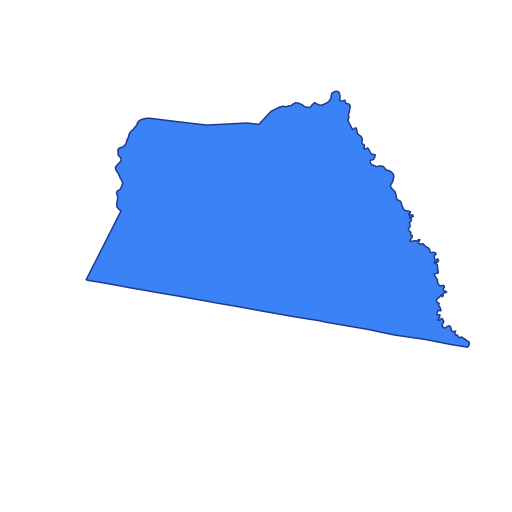 Mandera East, North-Eastern, Kenya, rotated 65°
{"feature_id": "3690345B2279611832844", "entity_name": "Mandera East", "entity_type": "district", "adm_level": 2, "iso_a3": "KEN", "parent_name": "Kenya", "parent_adm1": "North-Eastern", "projection": "albers", "projection_center": [41.581, 3.685], "detail": "fine", "context": "isolated", "style": "filled", "palette": "blue", "viewbox_px": 512, "rotation_deg": 65, "n_neighbors": 0, "source": "geoboundaries", "source_scale": "gbopen_adm2", "svg_char_len": 4565}
<svg xmlns="http://www.w3.org/2000/svg" viewBox="0 0 512 512"><g transform="rotate(65 256 256)"><path d="M205.7,419.9L207.1,418.5L215.5,406.2L224.1,394.0L232.0,383.0L240.9,370.1L248.4,359.5L257.5,346.2L264.9,335.7L274.1,322.6L282.1,311.4L289.7,300.3L296.0,291.3L299.2,286.8L308.6,273.6L316.7,262.0L325.7,249.2L331.9,240.1L334.2,236.7L341.1,226.4L346.3,219.5L366.0,191.1L370.0,185.4L385.9,164.2L388.1,160.9L393.7,152.3L397.9,145.9L403.2,137.8L417.7,118.0L419.0,116.2L428.1,102.7L427.1,101.0L425.7,99.6L423.9,99.4L422.4,100.3L420.7,101.3L419.3,101.9L418.3,102.9L417.3,103.2L416.2,104.0L415.9,106.5L415.0,106.9L413.9,106.9L412.6,107.0L412.1,108.3L410.7,108.7L409.6,108.1L408.4,107.0L407.6,110.0L406.3,110.4L404.9,110.0L403.6,109.7L401.9,109.7L400.9,110.4L400.7,112.0L401.1,114.0L401.2,115.1L400.3,116.2L398.6,116.8L396.9,116.2L395.8,114.7L394.7,113.4L393.2,113.6L392.0,113.5L391.1,114.3L391.7,116.1L391.7,117.5L391.0,118.2L390.0,116.9L389.2,115.6L387.3,114.3L386.3,115.3L385.8,116.6L384.5,116.3L383.1,115.2L382.5,113.7L383.1,112.7L383.7,111.7L382.7,111.1L381.2,111.0L379.8,111.0L378.7,111.3L377.4,111.2L376.3,110.0L375.2,111.0L374.1,111.5L372.3,111.2L371.4,109.8L370.6,106.6L369.4,105.1L370.5,104.8L371.7,104.2L370.9,103.0L369.3,102.8L369.0,101.7L369.2,100.3L369.2,98.6L368.0,99.0L367.2,100.1L366.0,100.7L364.7,99.8L363.8,98.3L362.6,98.1L361.7,98.6L361.4,100.4L360.8,101.6L359.3,102.5L357.2,102.8L355.4,102.1L354.1,101.6L352.6,101.8L350.7,102.3L349.3,102.4L347.9,102.3L347.9,100.1L348.3,98.0L346.7,97.2L345.1,97.0L341.8,95.7L339.9,95.5L338.5,96.8L337.4,97.2L337.3,95.9L338.1,95.0L338.2,93.6L337.2,92.4L335.4,92.6L335.7,94.1L336.2,95.6L334.3,95.4L332.7,94.9L331.0,94.3L330.6,92.2L328.9,92.1L327.9,93.2L327.2,94.9L326.7,96.1L325.4,96.4L324.0,96.0L322.3,96.0L321.2,96.6L319.8,97.8L318.2,98.7L317.0,98.9L315.4,99.4L315.1,100.6L314.8,101.8L313.9,103.1L312.6,103.4L311.8,102.0L310.4,100.8L309.9,101.9L310.1,103.0L310.4,104.0L309.6,105.0L309.1,106.3L308.6,107.8L308.3,109.3L307.6,110.2L306.3,109.2L304.8,106.4L303.5,105.8L302.4,106.8L301.1,106.5L300.1,105.7L298.4,106.3L296.5,106.8L295.5,106.2L295.2,105.2L294.4,103.8L292.3,103.2L290.5,102.7L289.9,100.8L288.9,99.8L287.6,99.8L286.9,100.7L285.8,100.4L286.7,98.9L286.5,96.8L285.0,96.6L284.3,98.2L283.8,100.1L282.6,99.9L282.2,98.0L281.2,97.4L279.9,98.6L278.3,101.1L276.6,102.4L274.8,102.5L272.9,102.4L271.5,102.4L270.1,102.1L268.5,101.8L266.5,102.4L265.3,103.8L263.9,104.2L262.0,103.9L260.1,103.3L256.5,102.9L254.3,103.7L253.1,104.2L251.9,104.3L250.6,104.7L248.8,104.4L247.6,102.4L246.3,100.7L242.4,97.6L240.3,97.0L238.4,97.3L236.6,98.1L235.0,99.1L234.1,100.3L233.3,101.5L231.8,101.9L230.0,102.4L228.5,103.0L227.8,103.8L226.7,105.7L226.3,107.7L225.8,109.3L224.3,110.3L223.0,111.7L222.2,112.7L220.3,112.9L218.4,112.6L217.6,111.8L218.1,110.0L218.1,108.5L216.2,106.1L214.4,105.3L213.5,106.9L212.3,108.4L209.9,108.7L207.2,108.7L205.3,109.2L205.0,112.4L203.7,112.8L202.7,111.5L201.3,110.9L199.4,112.1L198.0,112.4L196.8,111.5L195.8,110.5L194.1,110.1L191.9,110.3L189.6,111.8L187.6,112.2L185.3,111.8L183.7,111.2L182.5,111.1L181.8,112.3L182.4,113.8L182.2,115.0L179.3,115.1L176.9,115.3L174.3,115.4L172.5,115.4L171.2,114.9L169.7,113.2L167.9,112.9L166.5,112.1L164.4,110.2L163.3,109.6L162.0,108.7L160.7,107.5L159.1,107.3L157.7,107.5L156.7,108.6L155.7,110.1L153.7,109.8L152.3,109.7L152.1,111.1L152.1,112.4L151.3,113.7L149.7,114.1L148.2,113.2L146.4,112.1L142.5,111.6L140.8,113.2L140.2,115.2L140.4,118.0L141.2,119.1L142.7,120.1L144.6,121.4L146.2,123.6L147.1,126.1L147.2,129.3L147.2,131.3L146.7,133.8L145.4,135.4L143.4,136.9L141.8,138.0L142.7,141.3L143.8,143.0L144.0,143.4L144.1,144.5L143.2,145.9L142.5,147.7L140.6,149.2L138.5,150.2L135.6,152.7L133.9,155.3L133.9,156.8L134.1,158.9L134.6,161.1L133.8,162.7L133.4,165.9L132.5,167.0L131.6,168.1L131.5,170.0L131.0,171.6L131.0,174.2L131.1,176.4L131.3,181.3L137.9,197.8L131.6,208.1L116.7,244.9L113.4,250.4L113.0,250.9L112.7,251.6L103.3,266.8L87.6,292.0L85.7,295.1L84.6,298.2L83.9,302.4L84.2,305.6L85.2,307.1L86.5,308.2L87.4,309.5L88.3,311.9L89.4,313.6L90.2,316.7L91.7,319.2L94.2,321.2L97.2,324.9L97.7,324.9L99.0,326.0L100.4,328.6L100.9,331.1L100.5,333.1L100.5,335.1L102.1,336.7L104.4,337.4L106.6,338.3L109.4,337.2L112.1,337.5L113.3,339.3L115.1,344.0L116.6,346.2L119.3,346.6L121.7,346.2L123.4,345.9L125.7,345.9L127.9,346.2L130.0,345.9L132.4,345.7L133.8,346.3L135.3,347.4L137.3,349.8L138.4,351.4L138.4,353.7L139.3,355.4L142.0,356.2L143.5,356.2L145.0,356.8L146.7,358.0L149.3,359.8L151.3,360.9L153.1,361.3L155.2,360.6L158.2,359.4L205.7,419.9Z" fill="#3b82f6" stroke="#1e3a8a" stroke-width="1.5"/></g></svg>